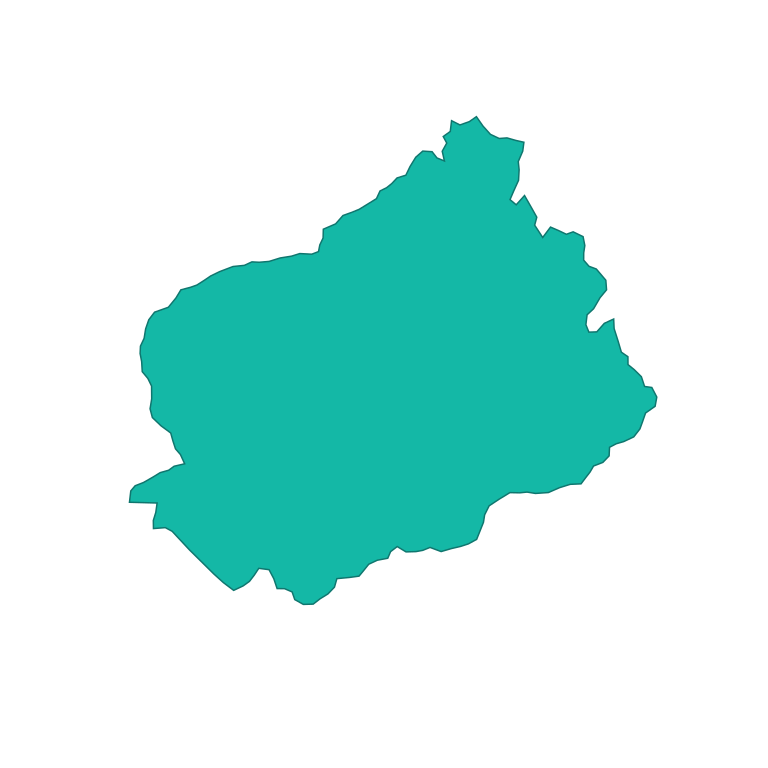 outline of Lauro Müller, Santa Catarina, Brazil, rotated 137°
{"feature_id": "56859067B67423545174", "entity_name": "Lauro Müller", "entity_type": "district", "adm_level": 2, "iso_a3": "BRA", "parent_name": "Brazil", "parent_adm1": "Santa Catarina", "projection": "orthographic", "projection_center": [-49.459, -28.384], "detail": "fine", "context": "isolated", "style": "filled", "palette": "teal", "viewbox_px": 768, "rotation_deg": 137, "n_neighbors": 0, "source": "geoboundaries", "source_scale": "gbopen_adm2", "svg_char_len": 2463}
<svg xmlns="http://www.w3.org/2000/svg" viewBox="0 0 768 768"><g transform="rotate(137 384 384)"><path d="M190.4,521.1L196.8,527.9L206.1,528.2L216.6,525.3L225.6,521.8L233.9,525.8L241.7,525.3L248.3,525.8L255.2,527.9L263.1,524.7L272.7,526.6L283.1,528.7L291.4,531.9L299.1,535.2L310.2,534.1L322.8,538.6L329.0,532.3L336.1,529.5L341.6,525.5L348.3,528.2L356.6,536.8L364.5,540.6L374.0,547.0L384.4,552.0L392.3,558.2L397.3,563.4L405.2,566.0L414.3,572.9L427.6,578.3L437.0,581.2L444.8,582.4L453.4,584.0L459.6,586.7L468.3,591.4L477.5,588.8L489.4,587.2L502.8,593.0L512.2,591.4L520.7,586.9L528.3,581.0L536.3,577.8L541.6,572.6L546.0,565.6L552.4,557.9L552.9,549.1L555.4,541.0L564.0,531.6L572.0,525.4L576.3,517.4L575.6,505.5L573.4,493.6L577.3,486.1L580.7,478.8L581.0,471.2L584.2,461.6L593.6,467.0L600.3,467.8L608.1,471.8L616.9,473.6L627.1,476.0L635.4,479.3L642.1,478.5L650.8,471.1L631.1,451.7L638.5,445.7L645.8,441.5L651.2,435.5L641.9,428.1L639.4,420.8L639.4,395.3L638.0,361.0L636.9,348.2L634.7,335.6L624.7,332.4L617.0,331.4L609.2,332.7L601.3,334.6L594.7,326.6L597.4,316.7L601.7,307.3L596.3,302.1L593.0,294.6L596.3,287.2L593.3,277.8L585.9,271.3L577.2,270.5L568.1,268.7L558.8,269.2L551.2,273.8L541.1,266.0L533.3,260.5L525.7,261.5L518.1,262.6L509.1,259.7L500.1,254.0L493.5,256.9L485.2,256.1L482.4,246.2L474.9,239.6L469.1,235.9L461.8,233.1L456.5,222.5L446.8,217.6L438.8,213.0L431.3,209.5L422.2,207.2L414.3,210.9L405.6,215.0L399.6,219.7L390.2,223.2L378.2,221.2L366.0,218.7L358.9,211.8L353.1,207.4L347.9,200.7L337.8,192.5L326.4,188.5L316.2,183.6L308.0,176.6L300.7,177.9L293.3,179.1L286.7,181.1L277.4,177.4L268.4,177.9L262.2,183.9L254.9,181.9L248.0,178.4L237.4,175.0L227.5,176.6L220.8,180.0L212.5,184.4L200.9,182.8L193.4,188.4L190.5,198.8L195.1,204.5L190.8,213.8L191.2,223.7L192.3,231.8L187.0,237.6L188.7,245.4L183.6,255.6L177.9,267.6L171.7,274.9L181.5,278.1L192.8,277.0L198.8,282.2L195.9,289.7L188.3,296.1L179.4,296.1L167.1,299.8L157.0,301.1L151.0,308.6L150.3,323.3L153.8,330.3L153.5,338.4L148.5,343.7L142.7,348.3L137.9,356.0L141.9,366.3L148.5,369.1L151.7,377.2L155.2,385.2L168.0,382.9L165.5,397.4L158.5,401.8L155.9,412.4L152.7,426.0L165.1,424.9L166.1,432.9L157.5,436.7L146.7,441.2L139.1,448.5L134.1,455.1L123.7,459.7L116.8,465.4L121.5,472.3L126.2,480.1L132.3,485.0L135.9,494.0L135.7,505.1L134.1,516.5L142.7,517.7L151.8,521.7L155.0,530.5L163.3,523.5L171.9,524.6L173.8,517.4L182.7,514.5L187.7,505.9L191.1,513.2L190.4,521.1Z" fill="#14b8a6" stroke="#0f766e" stroke-width="1.5"/></g></svg>